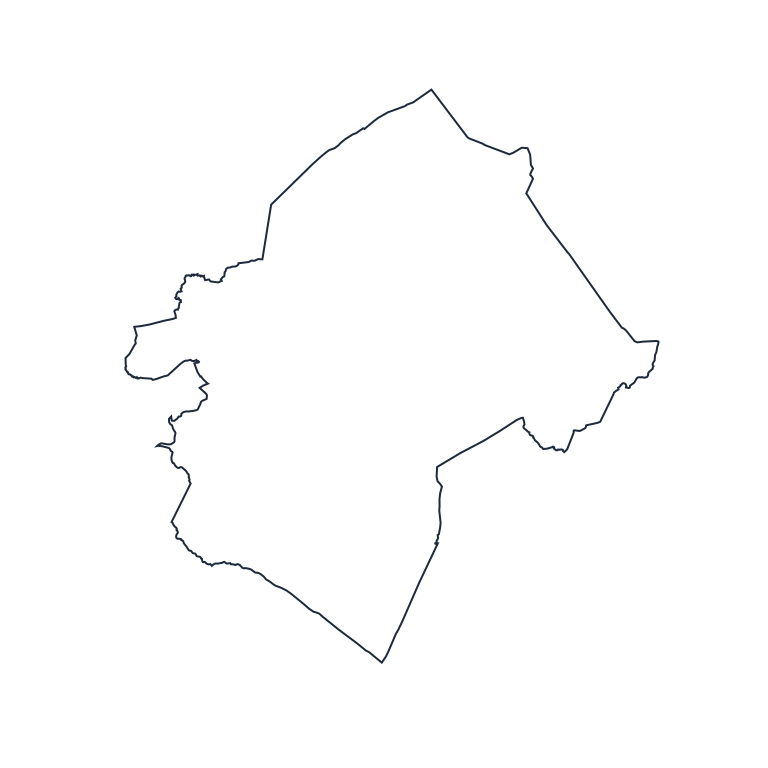 outline of Chilchota, Michoacán, Mexico, rotated 322°
{"feature_id": "50627088B35949960945734", "entity_name": "Chilchota", "entity_type": "district", "adm_level": 2, "iso_a3": "MEX", "parent_name": "Mexico", "parent_adm1": "Michoacán", "projection": "albers", "projection_center": [-102.11, 19.805], "detail": "fine", "context": "isolated", "style": "outline", "palette": "slate", "viewbox_px": 768, "rotation_deg": 322, "n_neighbors": 0, "source": "geoboundaries", "source_scale": "gbopen_adm2", "svg_char_len": 6166}
<svg xmlns="http://www.w3.org/2000/svg" viewBox="0 0 768 768"><g transform="rotate(322 384 384)"><path d="M131.6,362.0L131.9,362.9L131.4,365.6L131.4,367.8L131.8,369.3L131.7,370.2L131.3,370.9L130.6,371.2L130.6,372.9L130.3,374.0L129.5,374.5L128.3,374.7L127.0,375.5L126.2,376.3L125.7,377.4L125.9,378.7L128.3,380.8L128.6,381.5L128.1,382.4L128.8,383.0L129.0,384.3L128.2,386.3L128.2,391.2L127.8,394.7L128.3,395.8L129.2,396.5L129.2,399.6L130.9,401.6L130.4,404.4L132.6,406.9L132.7,408.0L132.4,409.0L132.8,409.8L131.8,411.7L131.6,412.7L132.0,413.2L132.9,413.6L133.3,414.2L133.6,416.5L134.6,418.1L136.3,419.0L136.4,421.3L138.8,421.2L140.4,421.5L142.5,423.2L146.4,425.3L147.8,425.4L148.7,425.9L149.4,428.6L152.6,430.6L152.4,431.8L154.1,433.2L155.5,435.2L157.1,435.4L157.8,435.9L159.0,438.0L159.2,441.5L159.9,442.9L161.4,443.7L163.8,446.4L165.2,448.6L166.4,453.3L168.0,454.7L169.1,456.3L169.9,458.3L170.5,460.9L170.8,463.0L170.7,465.3L172.3,469.2L173.6,474.1L174.4,476.3L177.4,481.1L180.0,486.6L181.6,491.9L185.2,507.7L186.6,514.9L188.3,520.1L189.7,522.0L191.6,525.1L192.5,530.1L197.0,549.4L203.2,572.2L205.6,582.8L207.2,586.3L210.7,602.2L217.6,600.0L221.8,598.0L239.6,588.2L244.3,586.3L252.5,582.2L289.1,562.4L328.1,542.8L326.8,542.1L326.2,541.6L326.3,541.1L328.1,541.3L328.7,540.2L329.4,539.6L330.3,539.5L331.8,538.7L333.3,536.1L333.8,536.3L335.0,536.0L339.9,531.6L343.1,528.3L349.6,517.8L352.4,514.7L357.0,508.7L361.2,504.5L366.5,500.5L366.7,496.8L366.4,493.4L368.6,489.1L374.8,482.1L401.4,485.4L427.4,490.1L446.1,492.3L466.5,494.1L470.6,495.1L472.1,495.7L472.7,496.2L471.2,499.9L469.7,502.5L468.0,503.1L467.2,504.0L467.1,505.4L467.8,508.2L467.9,509.8L468.8,511.5L467.9,512.8L467.7,514.1L468.0,514.8L469.0,515.8L469.3,517.1L468.5,518.1L468.8,518.9L468.3,521.3L469.0,524.5L469.0,527.4L468.6,528.7L468.8,530.2L469.4,531.2L469.4,533.2L472.8,535.4L477.6,537.3L478.2,537.2L478.9,537.7L479.1,538.1L478.9,539.1L478.3,539.2L478.2,539.5L478.7,541.8L479.8,543.0L480.9,542.8L481.2,543.4L483.1,544.5L484.3,545.7L484.3,546.4L483.8,547.1L484.1,548.7L487.2,548.4L488.7,547.9L503.4,539.2L504.7,537.6L505.4,537.6L509.1,541.3L509.7,541.7L515.4,542.7L517.1,541.9L517.4,541.3L518.0,541.1L528.4,546.1L530.8,546.8L531.7,546.6L558.7,533.3L559.9,532.4L562.5,532.3L565.5,532.7L566.2,531.0L568.2,531.3L569.4,531.0L569.9,530.5L570.6,530.8L571.5,530.4L572.5,530.5L573.3,530.8L574.1,532.1L574.3,533.1L573.8,534.7L572.6,535.4L572.5,535.7L573.6,536.8L574.0,537.6L574.6,537.9L575.2,538.1L575.8,537.8L576.8,536.8L582.1,537.0L586.5,535.2L588.2,535.1L589.9,536.3L590.6,537.1L591.3,537.2L593.2,539.5L595.7,540.4L597.5,539.7L598.7,538.2L600.2,537.7L605.1,537.4L606.0,536.4L607.3,535.9L607.3,534.8L607.7,533.9L608.4,533.4L609.2,532.9L611.7,532.1L615.4,528.1L618.2,526.6L622.3,522.9L625.1,521.0L626.4,519.5L626.1,518.9L624.7,517.5L614.2,510.1L609.2,507.1L607.8,504.5L607.7,490.7L607.1,488.1L606.1,486.0L606.4,466.4L609.9,395.5L609.7,392.7L610.0,358.8L613.5,321.4L627.7,314.0L628.2,311.6L627.9,309.5L628.9,308.3L634.1,305.9L634.6,301.9L640.4,293.2L642.3,286.6L638.0,282.6L628.5,281.4L624.2,280.2L610.7,258.0L609.4,254.8L602.1,242.6L601.7,240.8L602.6,181.2L580.3,180.0L574.1,178.0L571.6,177.9L554.3,172.3L543.1,170.7L538.1,170.6L525.6,171.0L525.1,169.7L516.2,169.1L513.3,168.1L504.0,167.2L498.8,167.3L494.4,167.9L490.0,167.7L485.2,166.0L481.1,165.8L473.8,166.0L463.0,166.8L405.5,173.2L364.9,210.9L361.6,208.0L357.9,207.2L355.4,205.1L354.0,204.8L352.7,204.7L343.7,199.3L342.7,200.2L340.5,200.3L338.5,199.5L336.7,198.1L334.4,197.4L332.3,196.1L330.3,196.2L328.5,197.6L327.3,197.8L324.5,200.8L322.7,200.5L319.9,201.1L319.6,202.8L318.7,202.3L317.6,202.3L316.0,202.0L310.5,196.4L310.4,193.8L307.0,192.1L307.2,191.1L307.8,190.1L308.0,188.6L308.7,187.9L308.0,187.6L307.5,187.7L307.1,187.3L307.5,187.0L306.3,185.7L305.6,186.1L305.2,184.5L303.9,184.0L303.6,183.0L304.4,182.5L302.2,181.7L301.8,181.4L301.7,180.9L300.8,181.4L300.3,179.8L299.8,179.4L298.6,180.3L297.9,180.1L297.8,179.1L297.4,178.3L295.7,177.4L295.2,176.7L294.4,176.7L293.4,177.4L292.3,177.7L291.5,178.5L291.1,179.7L290.2,181.2L288.4,181.7L285.5,181.6L284.6,182.3L284.2,183.3L283.7,183.6L282.4,183.7L281.5,186.3L280.0,185.8L279.1,184.6L277.7,184.7L275.2,185.8L274.5,187.1L272.6,187.4L272.4,188.8L272.7,189.4L273.4,189.9L274.9,189.6L275.2,190.3L274.5,191.7L275.5,192.8L274.5,194.4L273.6,194.1L272.6,194.3L268.9,197.8L267.8,198.0L267.4,198.5L266.4,197.6L264.9,197.2L263.9,197.4L263.5,197.7L262.4,201.0L260.7,203.8L257.6,202.7L249.3,198.6L235.7,192.7L227.9,188.6L222.4,185.2L219.1,193.5L214.8,196.5L213.3,199.2L210.6,200.0L202.0,203.6L196.4,204.4L195.8,205.1L192.2,210.0L191.5,211.6L190.6,211.6L190.0,212.2L189.7,213.3L189.1,213.6L189.3,215.2L188.9,216.0L189.5,217.4L188.8,218.3L188.9,219.2L189.7,219.9L189.8,220.9L190.4,221.6L190.4,222.0L190.1,222.2L189.9,222.7L190.8,223.3L190.6,223.8L190.6,224.4L191.1,224.4L191.7,224.8L191.9,225.4L191.9,226.0L192.1,226.4L193.4,226.4L193.0,227.7L193.2,228.0L194.1,228.1L194.3,228.7L196.2,229.2L197.5,230.8L204.1,236.7L204.2,238.3L207.4,239.8L214.6,242.2L218.9,244.1L236.1,242.8L239.8,242.9L241.8,243.3L243.7,244.7L246.4,245.8L247.0,247.7L248.1,248.7L249.1,249.2L251.0,249.6L250.8,250.6L251.0,251.2L251.8,251.7L251.8,252.7L251.5,252.8L250.8,252.7L248.6,251.3L247.2,251.0L244.4,259.7L243.8,265.1L244.5,265.3L244.4,268.7L245.1,274.1L245.5,275.3L240.8,274.0L236.3,273.5L237.8,281.8L237.7,283.6L236.0,285.6L235.0,286.5L230.1,285.3L228.6,285.5L226.6,286.9L221.5,289.4L220.0,289.1L216.7,287.5L212.4,284.9L211.4,283.9L209.2,282.9L207.9,282.6L206.0,282.7L204.7,284.2L203.2,284.1L202.1,283.2L199.6,284.0L196.1,283.9L194.4,282.4L194.4,281.8L196.3,278.6L193.1,279.1L191.2,281.7L190.9,284.0L191.5,286.3L190.2,289.4L189.9,291.6L189.9,292.9L189.5,294.3L186.2,297.0L183.5,300.3L182.6,300.7L179.1,300.3L178.3,299.9L176.4,298.4L172.0,293.6L168.7,293.0L167.0,293.2L168.0,293.7L170.9,296.5L175.1,302.0L175.2,302.8L175.2,304.1L174.8,305.1L175.4,307.1L175.3,307.8L171.5,310.7L170.1,312.6L169.3,314.2L168.9,316.1L169.6,317.0L169.2,320.4L169.7,322.9L170.8,323.9L172.6,324.3L173.5,325.4L174.5,331.0L174.1,333.4L174.4,334.9L173.4,336.7L172.6,337.3L172.0,339.6L170.9,340.2L170.3,343.4L131.6,362.0Z" fill="none" stroke="#1e293b" stroke-width="2"/></g></svg>